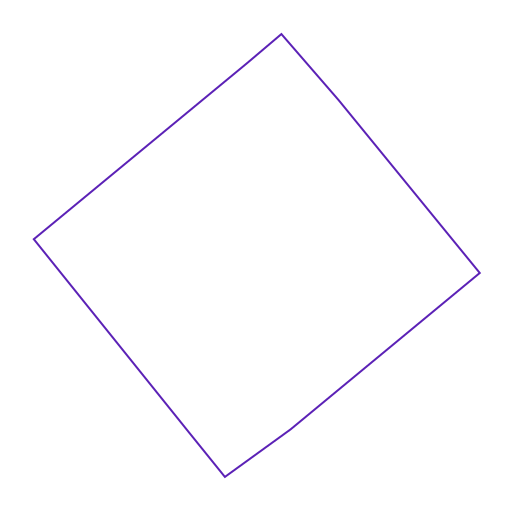 Jasper, Illinois, United States of America, rotated 321°
{"feature_id": "52423323B45036173562792", "entity_name": "Jasper", "entity_type": "district", "adm_level": 2, "iso_a3": "USA", "parent_name": "United States of America", "parent_adm1": "Illinois", "projection": "robinson", "projection_center": [-88.173, 39.011], "detail": "fine", "context": "isolated", "style": "outline", "palette": "violet", "viewbox_px": 512, "rotation_deg": 321, "n_neighbors": 0, "source": "geoboundaries", "source_scale": "gbopen_adm2", "svg_char_len": 269}
<svg xmlns="http://www.w3.org/2000/svg" viewBox="0 0 512 512"><g transform="rotate(321 256 256)"><path d="M92.9,351.9L92.8,408.1L173.8,412.5L419.2,410.0L418.3,186.6L415.4,99.5L370.5,100.5L93.9,103.1L92.9,351.9Z" fill="none" stroke="#5b21b6" stroke-width="2"/></g></svg>